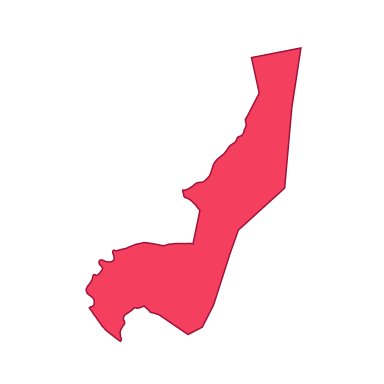 Lombard, Praslin, Saint Lucia, rotated 98°
{"feature_id": "8701671B23610017259246", "entity_name": "Lombard", "entity_type": "district", "adm_level": 2, "iso_a3": "LCA", "parent_name": "Saint Lucia", "parent_adm1": "Praslin", "projection": "albers", "projection_center": [-60.914, 13.857], "detail": "fine", "context": "isolated", "style": "filled", "palette": "rose", "viewbox_px": 384, "rotation_deg": 98, "n_neighbors": 0, "source": "geoboundaries", "source_scale": "gbopen_adm2", "svg_char_len": 5973}
<svg xmlns="http://www.w3.org/2000/svg" viewBox="0 0 384 384"><g transform="rotate(98 192 192)"><path d="M318.2,207.5L333.7,176.1L324.4,163.0L300.9,154.9L247.8,145.8L223.3,140.8L175.2,100.8L94.2,104.9L70.4,104.6L34.2,104.2L50.6,151.8L84.7,139.2L109.8,148.0L110.5,148.3L111.4,148.8L112.0,149.0L112.5,149.2L113.0,149.2L113.4,149.1L114.4,148.9L115.1,148.6L116.1,148.2L116.7,148.0L116.9,147.9L117.1,147.9L117.3,147.8L117.5,147.8L118.1,147.7L118.7,147.7L118.9,147.7L119.3,147.7L119.7,147.8L120.1,147.9L121.8,148.4L122.4,148.6L122.8,148.7L123.0,148.8L123.6,148.9L124.0,148.9L124.4,149.0L125.0,149.0L125.4,149.0L126.0,149.1L126.4,149.2L126.8,149.3L127.2,149.5L127.5,149.7L128.6,150.3L128.9,150.5L129.1,150.7L129.6,151.4L130.0,151.9L130.3,152.5L130.5,153.0L130.8,153.6L131.0,153.9L131.1,154.0L131.4,154.3L132.0,154.6L132.4,154.8L132.6,154.8L133.3,154.9L134.1,155.1L135.4,155.6L135.5,155.7L136.3,156.1L136.7,156.3L137.0,156.5L137.9,157.5L138.3,158.0L138.6,158.3L139.0,158.8L140.1,160.0L140.8,160.7L141.3,161.1L141.5,161.2L142.2,161.7L143.3,162.2L145.4,163.2L145.8,163.4L147.3,164.3L147.9,164.6L148.5,164.9L149.0,165.3L149.8,165.7L150.3,166.1L150.5,166.2L150.7,166.5L150.9,166.6L151.2,166.9L151.7,167.4L152.3,168.0L153.0,168.8L154.5,170.1L154.8,170.4L155.6,171.1L156.2,171.6L156.5,171.8L157.8,172.6L158.6,173.1L159.0,173.3L159.3,173.5L159.8,173.7L161.0,174.3L161.5,174.4L162.1,174.6L162.6,174.7L162.8,174.8L163.0,174.8L163.6,174.9L164.0,175.0L164.8,175.1L165.2,175.2L166.3,175.3L167.0,175.5L167.5,175.6L167.8,175.6L168.5,175.7L169.1,175.8L169.5,175.9L169.9,176.0L170.5,176.1L171.7,176.4L172.1,176.5L172.7,176.7L173.5,176.9L174.2,177.3L175.3,178.0L175.7,178.2L175.9,178.4L176.3,178.6L177.4,179.6L178.3,180.2L178.5,180.4L178.6,180.5L178.8,180.6L180.0,181.8L180.4,182.3L180.5,182.5L180.7,183.0L181.1,184.2L181.2,184.9L181.3,185.4L181.5,186.0L181.5,186.4L181.7,186.8L181.9,187.4L182.1,187.8L182.4,188.6L182.8,189.1L183.0,189.4L183.5,189.9L184.0,190.4L184.6,190.9L185.0,191.2L185.7,191.8L186.2,192.2L186.6,192.7L187.6,193.9L188.1,194.4L188.9,195.4L189.2,195.8L190.0,197.1L190.5,197.9L190.7,198.3L190.9,198.9L191.0,199.1L191.1,199.5L191.3,200.1L191.4,200.6L191.4,200.9L191.4,201.4L193.0,201.2L194.5,200.3L197.2,199.5L198.5,198.2L198.8,195.9L199.5,194.0L200.3,192.2L201.5,190.4L204.4,186.6L207.8,183.2L208.9,181.6L220.0,182.3L243.1,183.8L243.1,185.9L243.2,187.1L243.4,188.0L243.4,188.4L243.5,188.8L243.5,189.0L243.7,189.7L244.1,192.1L244.2,192.9L244.3,193.5L244.4,194.5L244.5,195.1L244.6,196.5L244.8,197.5L244.9,198.4L245.3,200.9L245.4,201.7L245.7,202.4L245.9,203.0L246.2,204.3L246.4,205.1L246.5,205.6L246.5,205.8L246.6,206.4L246.7,207.0L246.9,207.7L247.2,208.3L247.4,208.8L247.6,209.1L248.0,209.9L248.2,210.2L248.6,211.0L248.8,211.4L248.8,211.6L248.9,211.8L249.0,212.2L249.1,212.8L249.2,214.2L249.2,214.8L249.1,215.2L249.1,215.4L249.1,215.6L249.0,216.5L248.9,217.2L248.8,218.8L248.8,219.3L248.8,220.0L248.8,220.6L248.7,222.1L248.6,223.5L248.6,223.8L248.6,225.9L248.6,226.2L248.6,229.4L248.6,229.8L248.6,230.2L248.6,230.5L248.6,231.1L248.7,232.1L248.8,232.8L249.1,233.6L249.5,234.4L249.6,234.6L249.7,234.8L249.9,235.2L250.0,235.5L250.1,235.8L250.3,236.3L250.7,237.8L251.6,240.1L251.9,240.8L252.9,242.7L253.3,243.3L254.3,244.9L255.0,246.4L255.4,247.0L255.8,247.6L256.6,248.8L257.2,250.0L257.8,251.5L258.2,252.5L258.7,253.9L258.9,254.4L259.0,254.8L259.2,255.2L259.4,255.6L260.0,257.0L260.3,257.6L260.5,258.0L260.6,258.5L260.8,259.1L260.8,259.6L260.7,259.9L260.6,260.5L260.4,260.9L260.4,261.1L260.4,261.3L260.5,261.5L260.8,261.8L261.1,262.0L261.4,262.1L261.8,262.2L262.0,262.2L262.4,262.2L262.9,262.1L263.2,262.0L264.8,261.2L265.7,260.8L266.6,260.4L267.0,260.2L267.4,260.1L268.0,259.9L268.4,259.8L268.6,259.8L269.5,259.8L269.8,259.9L270.0,260.0L270.6,260.2L270.8,260.3L271.1,260.6L271.4,260.9L271.7,261.3L272.3,262.4L272.5,262.8L272.7,263.5L272.8,264.4L272.9,264.7L272.9,267.2L272.8,268.1L272.7,268.4L272.1,270.0L272.0,271.1L271.9,271.7L271.9,272.4L272.0,272.8L272.0,273.0L272.3,273.6L272.5,273.7L272.6,273.9L273.4,274.2L273.8,274.3L274.4,274.4L274.6,274.4L274.8,274.3L275.2,274.1L275.4,274.0L275.8,273.9L276.3,273.6L276.5,273.5L277.2,272.7L278.2,271.4L278.6,271.0L279.1,270.6L279.4,270.3L279.8,270.1L280.1,270.0L280.3,269.9L280.5,269.9L280.9,270.0L281.5,270.2L281.9,270.4L282.5,270.6L283.5,271.3L283.9,271.5L284.7,271.8L285.3,272.2L285.9,272.7L286.6,273.4L287.1,273.8L287.5,274.1L287.7,274.5L287.9,274.8L287.9,275.1L287.9,275.3L287.9,275.5L287.6,276.1L287.4,276.5L287.3,277.1L287.3,277.3L287.4,277.5L287.5,277.7L287.6,277.9L287.8,278.0L288.0,278.1L288.3,278.3L288.5,278.3L289.4,278.4L290.2,278.5L290.8,278.6L291.4,278.6L292.0,278.7L292.4,278.7L292.6,278.8L292.8,278.8L293.2,278.9L294.1,279.3L295.4,279.8L296.3,280.3L296.9,280.5L297.6,280.9L298.6,281.6L299.0,281.8L299.3,282.0L299.7,282.2L300.1,282.3L300.3,282.4L300.5,282.5L301.3,282.8L301.5,282.8L301.8,282.9L302.0,282.9L302.4,283.1L302.6,283.1L302.8,283.2L303.4,283.2L303.6,283.2L304.0,283.1L304.8,282.9L306.3,282.1L306.5,282.0L306.8,281.7L307.1,281.3L307.5,280.8L307.6,280.7L308.3,279.6L308.5,279.3L309.1,278.0L309.6,277.1L309.9,276.5L310.2,276.1L310.5,275.7L311.0,275.2L311.3,274.9L312.0,274.3L312.5,274.1L313.2,273.8L313.6,273.7L314.4,273.5L314.8,273.5L315.8,273.4L316.3,273.4L316.9,273.4L317.0,273.4L317.4,273.5L318.3,274.0L318.8,274.4L318.9,274.5L319.2,274.9L319.4,275.2L319.5,275.4L319.6,275.8L319.8,276.2L319.9,276.3L319.9,276.5L320.2,276.8L320.5,277.2L320.6,277.3L321.0,277.6L323.4,275.3L327.0,272.1L329.5,269.5L332.5,266.8L335.1,264.3L337.5,262.2L338.8,260.3L340.3,258.8L342.8,254.8L345.2,250.6L348.3,245.2L349.8,242.1L348.4,241.4L347.8,241.3L345.2,242.6L341.5,243.6L339.6,243.6L337.5,243.1L336.3,242.5L334.8,242.0L332.7,240.8L331.5,240.4L330.1,240.6L327.1,242.4L326.0,242.4L324.0,241.9L321.3,239.6L321.4,239.3L317.5,235.2L316.1,234.0L314.6,233.1L314.6,232.1L314.7,230.6L314.7,229.7L313.4,226.5L312.0,224.3L311.5,223.8L315.2,218.3L316.9,216.4L317.2,213.0L318.2,207.5Z" fill="#f43f5e" stroke="#9f1239" stroke-width="1.5"/></g></svg>